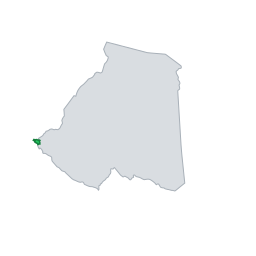 location of El Tarf within Algeria, rotated 229°
{"feature_id": "DZA-2164", "entity_name": "El Tarf", "entity_type": "Province", "adm_level": 1, "iso_a3": "DZA", "parent_name": "Algeria", "parent_adm1": "", "projection": "robinson", "projection_center": [8.131, 36.681], "detail": "fine", "context": "in_parent", "style": "filled", "palette": "green", "viewbox_px": 256, "rotation_deg": 229, "n_neighbors": 0, "source": "natural_earth", "source_scale": "10m", "svg_char_len": 4250}
<svg xmlns="http://www.w3.org/2000/svg" viewBox="0 0 256 256"><g transform="rotate(229 128 128)"><path d="M180.6,48.6L180.8,49.1L180.8,49.6L180.1,50.0L179.6,50.2L179.1,51.4L178.1,52.1L177.9,52.4L177.9,52.6L178.6,52.9L178.8,53.3L178.9,53.7L178.6,55.3L178.2,58.1L178.2,58.7L178.4,59.5L178.7,60.1L178.8,60.7L178.7,62.3L179.0,63.2L179.3,64.1L178.7,65.1L178.4,66.1L178.2,67.4L178.2,68.2L177.8,69.0L177.3,69.8L176.7,70.2L176.0,70.6L175.1,71.1L174.5,72.5L173.0,73.7L172.7,74.1L172.6,75.0L172.6,76.3L172.9,77.3L173.6,78.8L174.2,80.5L174.3,81.3L174.6,81.6L175.4,82.2L176.9,82.9L177.2,83.2L177.9,84.4L178.6,86.4L178.8,87.8L181.5,89.9L184.0,91.7L184.2,92.0L185.5,98.2L186.0,100.4L187.8,108.4L187.1,108.9L186.2,109.5L186.9,110.5L188.0,112.3L188.7,113.7L189.0,114.3L189.6,116.1L190.0,117.8L190.1,118.4L190.3,119.7L190.1,123.3L190.5,127.9L190.9,130.2L190.2,132.3L189.6,134.3L189.7,135.3L190.0,136.8L190.3,138.0L190.8,138.6L190.7,140.5L190.5,141.2L189.2,142.3L187.7,143.2L187.3,144.0L187.2,144.9L187.4,145.6L191.6,152.1L191.8,152.8L191.9,154.6L192.6,157.0L193.3,158.0L193.6,158.7L194.2,159.3L194.7,159.7L195.0,159.7L196.9,159.1L200.2,160.1L203.2,161.2L203.5,161.4L205.3,165.0L206.8,168.3L172.3,191.9L168.5,195.5L159.5,204.3L158.9,204.7L147.1,207.3L140.9,208.6L140.6,208.7L140.3,208.7L140.0,208.7L139.5,208.5L138.9,208.0L138.5,207.7L138.4,207.3L138.6,206.7L138.9,206.2L139.1,205.8L139.3,205.5L139.5,205.3L139.5,204.9L139.3,204.4L139.1,203.6L139.2,202.2L139.2,201.6L138.6,201.0L137.5,200.4L136.6,200.1L136.1,200.0L135.0,199.8L133.5,199.4L133.0,199.1L132.1,197.8L131.6,197.5L129.3,197.3L128.6,197.0L128.0,196.7L127.5,196.3L127.2,195.6L127.1,195.0L126.9,194.7L124.4,193.3L123.8,192.8L123.5,192.4L123.5,191.7L123.6,190.9L123.5,190.2L123.4,189.9L80.3,156.8L78.0,155.1L72.8,151.3L49.2,134.7L49.6,122.8L49.7,122.2L49.9,121.9L50.6,121.5L51.9,120.5L52.3,120.0L52.9,119.6L55.0,118.2L55.4,117.8L57.5,116.3L57.9,116.1L59.0,115.9L59.4,115.6L60.0,115.0L60.9,114.3L61.5,113.9L62.0,113.8L63.8,114.0L64.6,114.2L65.5,114.3L65.8,114.2L66.0,114.0L66.4,113.5L66.5,112.9L66.5,112.4L66.6,112.2L67.1,112.1L67.7,112.2L68.7,112.2L69.1,112.1L70.3,112.0L72.1,111.6L74.6,110.9L75.8,110.0L76.7,109.0L77.6,107.6L78.4,106.3L79.8,105.6L81.1,105.1L81.8,104.9L83.3,104.2L86.0,102.3L88.1,102.1L88.4,101.9L88.7,101.6L88.7,101.0L88.4,100.6L88.0,100.4L87.7,100.1L87.3,100.1L87.2,99.8L87.3,99.3L87.4,98.8L87.6,98.3L87.6,97.7L87.3,97.0L87.2,96.5L87.2,96.0L87.4,95.7L87.8,95.4L88.4,95.3L89.1,95.4L90.3,95.3L93.5,94.1L93.8,93.8L94.0,93.0L94.2,92.3L94.6,92.0L94.8,92.0L97.3,91.5L97.9,91.5L102.6,91.7L106.7,91.8L107.1,91.7L107.1,91.2L106.8,90.2L107.0,89.6L107.6,89.1L108.4,88.5L108.0,87.7L107.5,87.2L106.7,86.6L106.3,86.4L105.6,85.6L105.1,84.8L104.9,83.1L104.4,82.1L104.0,80.9L104.4,78.7L103.9,77.3L103.9,76.7L103.9,76.1L104.1,74.9L104.0,73.2L103.4,71.5L103.7,70.9L103.9,70.6L103.9,70.4L103.3,69.8L103.1,69.4L103.2,69.0L103.5,68.3L103.5,68.1L102.6,67.3L101.1,66.1L100.6,65.6L100.5,64.9L102.0,65.1L102.7,65.0L104.5,64.2L106.0,63.2L107.1,62.6L108.1,61.5L109.0,60.7L110.3,59.9L114.0,58.2L114.6,58.2L115.7,58.6L116.8,58.5L117.5,57.9L118.3,56.4L119.5,55.5L121.1,54.7L123.1,53.8L124.5,53.0L126.6,52.4L131.9,51.9L134.6,51.6L136.5,51.6L138.4,50.4L139.3,50.0L143.3,49.9L145.3,49.0L152.5,49.0L153.4,49.3L154.2,49.8L155.7,51.0L156.4,51.2L157.4,51.0L159.6,49.9L162.1,49.3L163.5,48.6L164.0,47.7L165.2,47.3L165.9,48.1L168.5,48.8L170.0,48.6L170.7,48.4L170.5,47.3L172.2,47.6L173.5,48.1L174.8,49.2L175.7,49.4L177.3,48.9L180.6,48.6Z" fill="#d9dde1" stroke="#a8b0b8" stroke-width="1"/><path d="M180.8,48.6L180.8,48.9L180.8,49.0L181.1,49.4L181.1,49.5L180.4,49.8L180.2,49.9L179.9,49.9L179.6,49.9L179.4,50.0L179.6,50.3L179.8,50.5L179.7,50.8L179.5,51.1L179.4,51.3L178.5,51.8L178.0,52.0L177.8,52.1L177.6,52.3L177.6,52.6L177.4,52.7L177.3,52.9L177.1,53.1L176.9,53.3L176.6,53.4L176.4,53.4L176.4,52.9L176.3,52.7L176.2,52.6L176.1,52.4L174.8,51.9L174.7,51.8L174.6,51.7L174.4,51.4L174.2,51.2L173.8,51.1L173.9,50.9L174.1,50.6L174.2,50.4L174.3,50.3L174.3,50.2L174.5,50.2L174.6,49.2L175.0,49.3L175.4,49.4L175.7,49.4L176.7,49.2L176.9,49.1L177.0,49.0L178.1,48.5L178.3,48.7L178.5,48.7L178.8,48.7L179.0,48.7L179.1,48.8L179.3,48.8L179.5,48.9L179.8,49.0L180.0,48.9L180.8,48.6L180.8,48.6Z" fill="#22c55e" stroke="#15803d" stroke-width="1.5"/></g></svg>